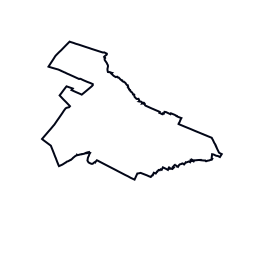 Noria de Ángeles, Zacatecas, Mexico (Mercator projection), rotated 202°
{"feature_id": "50627088B97712252064596", "entity_name": "Noria de Ángeles", "entity_type": "district", "adm_level": 2, "iso_a3": "MEX", "parent_name": "Mexico", "parent_adm1": "Zacatecas", "projection": "mercator", "projection_center": [-101.924, 22.398], "detail": "fine", "context": "isolated", "style": "outline", "palette": "ink", "viewbox_px": 256, "rotation_deg": 202, "n_neighbors": 0, "source": "geoboundaries", "source_scale": "gbopen_adm2", "svg_char_len": 5391}
<svg xmlns="http://www.w3.org/2000/svg" viewBox="0 0 256 256"><g transform="rotate(202 128 128)"><path d="M202.8,85.3L192.9,82.7L186.5,76.0L186.1,75.5L185.1,74.5L184.7,74.0L184.1,73.5L180.9,70.0L180.7,69.8L179.7,68.8L179.6,68.6L179.3,68.4L178.7,67.7L177.7,66.8L175.3,69.3L174.6,70.2L173.2,72.2L172.7,72.7L172.5,73.2L172.4,73.5L172.2,73.8L171.6,74.3L170.8,75.0L170.5,75.4L170.1,76.0L169.7,76.5L169.4,76.6L169.2,77.0L168.9,77.2L168.9,77.3L168.8,77.6L168.6,77.9L168.4,78.2L168.3,78.4L168.0,79.0L167.9,79.4L167.8,79.7L167.6,80.0L167.4,80.4L167.1,80.9L166.6,81.9L166.2,82.4L165.7,83.1L165.3,83.5L165.3,84.0L164.8,83.8L164.1,84.3L163.8,84.5L163.4,84.7L163.2,85.0L162.5,85.5L162.1,85.7L161.9,85.9L161.5,86.2L161.1,86.5L160.9,86.6L160.5,86.8L160.5,86.7L158.9,87.8L157.6,88.9L157.8,89.1L157.2,89.6L156.5,90.2L155.6,90.8L155.6,90.5L155.6,90.2L155.1,90.7L154.8,90.7L154.6,90.8L154.3,90.8L154.2,90.7L153.8,90.7L153.9,90.3L153.9,89.9L154.0,89.3L154.0,88.6L153.9,87.7L154.0,86.3L154.0,85.3L153.4,82.6L151.7,81.3L149.9,81.1L148.5,81.1L147.9,81.3L147.3,81.7L146.8,82.7L145.9,84.1L145.6,84.5L145.4,84.3L145.3,84.8L144.8,86.4L144.4,86.4L143.9,86.4L143.2,86.3L136.0,85.6L123.1,84.4L121.3,84.2L117.0,83.8L112.9,83.4L109.8,83.2L106.7,82.8L102.6,82.6L102.3,89.3L101.2,89.9L99.5,91.1L92.4,91.2L90.7,91.1L90.1,91.1L89.3,91.1L88.7,91.1L88.3,92.2L88.1,92.1L87.6,93.7L87.3,93.7L87.3,95.0L87.4,94.9L87.3,96.2L85.2,96.2L84.8,98.4L84.5,98.4L84.3,99.2L83.9,100.6L83.7,100.7L82.7,100.7L82.3,101.9L81.1,101.8L80.9,104.6L79.4,104.5L78.1,104.4L77.6,104.4L75.3,104.1L75.3,106.8L74.9,106.9L74.4,106.6L74.0,106.5L74.0,106.3L73.4,106.3L73.4,106.1L72.8,106.4L72.3,106.5L71.5,106.6L70.7,108.5L71.8,108.6L71.0,110.9L70.8,111.2L70.7,111.1L70.4,111.1L70.1,111.1L69.9,111.2L68.9,111.1L68.4,110.9L68.1,110.6L67.6,110.8L67.1,110.7L66.8,112.7L66.6,113.1L66.3,113.7L65.2,114.5L64.3,115.3L64.3,115.5L63.2,115.6L63.2,115.4L62.7,115.3L62.5,115.2L62.3,115.2L61.6,117.8L61.2,117.7L59.1,119.7L57.7,119.6L57.8,120.4L57.7,120.3L57.3,122.6L56.4,122.5L56.5,121.2L55.6,121.8L54.6,121.6L54.4,122.9L53.6,123.2L50.9,124.6L49.6,125.2L48.9,125.5L48.9,125.3L47.4,125.7L45.4,126.3L44.7,126.6L44.4,126.8L43.4,126.4L43.1,126.6L42.9,126.6L42.7,126.7L42.5,127.1L41.5,127.8L40.9,128.1L40.3,128.6L39.8,129.1L39.3,129.5L38.5,129.9L38.3,131.1L39.1,131.2L40.2,135.2L38.7,135.5L35.9,135.3L34.6,135.6L34.4,135.7L34.1,135.7L33.0,135.6L31.9,135.5L31.3,138.9L33.9,139.1L34.3,139.3L34.6,139.4L35.1,139.9L36.9,141.5L38.1,142.6L39.4,143.8L40.0,144.4L39.8,144.4L40.5,145.1L41.1,145.6L42.3,146.4L43.4,147.4L45.1,149.0L46.0,149.6L46.7,150.3L49.4,150.3L50.7,150.3L64.9,150.4L69.6,150.5L75.1,150.5L82.6,150.6L82.7,151.3L82.5,152.2L82.4,153.0L82.4,155.6L82.2,157.2L84.7,157.1L85.5,157.1L86.2,157.1L87.4,157.2L87.4,157.5L87.5,157.5L87.8,157.5L88.5,157.5L89.6,157.7L93.7,157.7L93.8,156.7L97.3,156.9L99.0,157.0L99.3,156.7L99.7,156.6L100.2,156.6L100.2,155.9L100.2,154.7L101.1,154.7L101.1,153.7L101.4,153.6L103.4,153.8L104.6,153.8L104.6,154.8L106.0,154.9L107.2,154.9L108.0,154.9L111.9,155.0L113.1,155.0L120.2,155.3L120.7,155.5L121.2,156.0L121.5,156.7L122.2,157.1L122.7,156.3L122.8,156.3L123.0,156.6L123.5,156.5L123.6,156.3L123.9,156.1L123.9,156.3L124.0,156.2L124.1,156.3L124.2,156.2L124.2,156.3L124.3,156.7L124.8,157.1L125.7,157.3L127.0,156.9L127.6,156.8L127.3,157.2L129.2,159.0L130.0,158.5L131.0,158.2L133.5,159.3L134.9,161.1L135.0,161.0L135.3,161.0L135.2,161.2L135.5,161.2L135.8,161.1L136.0,161.3L137.4,162.4L138.4,162.7L139.1,162.8L139.5,163.2L139.7,163.3L140.1,163.8L140.3,163.6L140.6,163.8L140.9,163.9L141.2,164.0L141.9,164.7L141.9,164.9L142.7,165.2L143.0,165.7L143.5,165.9L143.4,166.4L143.7,166.6L144.1,167.5L145.3,167.5L146.1,168.0L147.4,168.9L147.8,169.0L148.3,169.1L148.7,169.1L149.0,169.2L149.2,169.4L149.6,169.3L150.0,169.2L150.4,169.3L150.7,169.4L151.0,169.5L151.3,169.6L151.4,170.0L152.7,170.0L155.6,171.3L156.1,171.1L156.7,171.3L156.7,171.1L157.5,171.2L158.1,171.0L158.5,170.6L160.9,171.0L163.9,172.2L163.4,173.1L164.6,173.0L165.9,173.0L166.0,172.8L166.3,172.7L167.6,172.4L168.2,173.2L168.5,173.7L168.8,174.2L169.2,175.1L169.3,175.8L169.5,176.9L169.7,177.9L170.3,178.8L171.1,179.4L171.7,180.0L172.4,180.6L172.9,180.9L173.5,181.3L174.3,181.8L175.2,182.5L175.3,182.8L175.8,183.8L175.4,184.3L175.5,184.5L176.2,184.6L176.5,184.9L176.8,185.0L176.7,185.4L175.2,188.2L175.5,189.0L178.4,189.2L179.4,188.6L181.7,188.4L191.4,187.7L193.4,187.6L195.1,187.5L195.9,187.4L196.6,187.4L197.4,187.3L199.3,187.2L204.3,186.9L206.6,186.7L207.1,186.6L208.9,186.5L210.1,186.5L213.6,186.2L214.5,186.2L216.6,181.2L219.2,174.8L219.4,174.4L220.3,172.5L221.4,169.9L222.2,167.9L222.4,167.1L222.8,164.8L223.3,162.2L223.8,159.8L224.7,155.1L223.7,155.1L223.3,155.2L222.0,155.3L219.9,155.5L214.5,156.1L211.4,156.0L211.3,155.9L209.8,155.9L208.5,155.8L207.7,155.8L206.7,155.8L206.0,155.7L204.3,155.6L202.9,155.6L200.7,155.5L198.0,155.4L191.7,155.1L191.0,155.7L190.2,155.8L187.4,155.6L182.9,155.5L180.0,155.6L177.1,155.5L176.7,154.5L177.1,153.4L177.8,152.0L181.8,144.5L183.4,141.6L185.0,141.7L189.5,141.8L189.8,141.8L194.6,142.0L194.0,143.9L200.6,143.6L200.7,143.3L201.0,142.3L201.8,139.4L202.5,136.7L202.9,135.1L203.1,134.5L203.6,132.6L198.2,130.1L195.3,128.9L190.0,126.5L190.4,125.2L192.4,123.8L193.0,123.1L193.2,122.8L193.9,120.2L194.4,117.6L194.7,116.2L195.8,111.3L196.4,108.8L197.6,103.3L197.9,102.6L199.3,98.2L200.5,94.8L203.6,85.6L202.8,85.3Z" fill="none" stroke="#020617" stroke-width="2"/></g></svg>